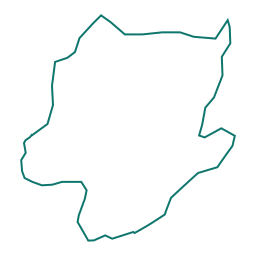 Lemona, Paphos, Cyprus
{"feature_id": "46923920B60992584913895", "entity_name": "Lemona", "entity_type": "district", "adm_level": 2, "iso_a3": "CYP", "parent_name": "Cyprus", "parent_adm1": "Paphos", "projection": "robinson", "projection_center": [32.562, 34.851], "detail": "fine", "context": "isolated", "style": "outline", "palette": "teal", "viewbox_px": 256, "rotation_deg": 0, "n_neighbors": 0, "source": "geoboundaries", "source_scale": "gbopen_adm2", "svg_char_len": 857}
<svg xmlns="http://www.w3.org/2000/svg" viewBox="0 0 256 256"><path d="M31.7,134.9L30.2,137.0L25.5,140.3L24.0,143.0L25.7,152.8L21.2,160.1L22.1,171.2L24.6,178.0L32.4,181.9L41.9,185.3L52.3,184.7L61.9,181.9L70.3,181.9L81.3,181.9L86.6,190.3L84.9,198.6L78.8,215.3L77.6,222.0L88.3,240.6L93.9,240.4L105.2,235.4L112.2,238.7L133.3,232.0L134.6,233.0L141.7,229.0L151.6,223.1L164.8,214.5L165.9,211.2L171.0,197.8L183.6,186.1L198.0,173.0L217.4,167.2L221.1,161.8L226.1,154.7L232.5,145.8L234.8,135.8L221.3,128.3L204.7,137.4L199.1,135.5L202.2,124.6L205.3,107.7L214.0,97.4L222.5,75.4L221.8,56.8L230.3,43.4L229.7,27.0L227.7,20.2L215.5,38.6L193.8,36.8L180.0,32.3L162.5,32.3L142.6,34.4L124.8,34.4L110.7,22.2L101.1,15.4L93.2,23.2L79.5,38.1L75.0,52.0L67.4,57.8L55.1,61.9L52.0,85.7L53.0,105.0L47.5,124.0L32.1,135.2L31.7,134.9Z" fill="none" stroke="#0f766e" stroke-width="2"/></svg>